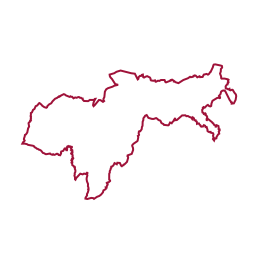 Ambato Boeni, Boeny, Madagascar, rotated 9°
{"feature_id": "10022922B29824664852903", "entity_name": "Ambato Boeni", "entity_type": "district", "adm_level": 2, "iso_a3": "MDG", "parent_name": "Madagascar", "parent_adm1": "Boeny", "projection": "natural_earth1", "projection_center": [46.383, -16.718], "detail": "fine", "context": "isolated", "style": "outline", "palette": "rose", "viewbox_px": 256, "rotation_deg": 9, "n_neighbors": 0, "source": "geoboundaries", "source_scale": "gbopen_adm2", "svg_char_len": 5831}
<svg xmlns="http://www.w3.org/2000/svg" viewBox="0 0 256 256"><g transform="rotate(9 128 128)"><path d="M26.1,160.0L28.4,159.6L30.9,159.8L31.9,160.3L37.0,160.4L38.2,160.8L38.7,161.6L39.9,161.9L41.4,162.8L42.1,162.7L43.5,163.4L44.1,163.3L45.8,164.0L47.8,165.9L49.3,166.1L50.6,166.7L51.6,166.6L54.9,165.4L55.2,165.8L57.4,166.3L58.1,165.6L59.1,166.1L59.8,165.9L61.9,164.5L63.4,164.9L63.7,165.5L65.3,165.5L65.9,163.6L65.6,162.7L65.7,161.7L67.6,160.7L68.6,158.2L69.5,158.3L70.6,159.6L71.2,159.5L71.2,158.2L70.4,157.1L70.9,156.0L71.2,156.2L71.8,155.3L72.5,155.8L72.8,155.2L73.5,155.1L74.2,156.0L74.9,155.4L75.5,155.4L75.6,155.7L74.8,156.5L75.0,157.2L75.9,158.1L75.2,158.8L75.8,159.3L76.6,159.1L77.0,160.9L76.6,161.7L76.0,161.6L75.8,162.1L76.2,162.5L76.7,162.1L77.0,162.2L77.8,164.3L77.6,165.2L78.7,166.4L78.2,167.7L77.4,167.5L77.1,168.9L78.1,169.6L77.8,170.6L78.2,170.9L77.8,171.3L78.4,171.8L78.8,173.4L80.5,174.2L80.8,174.8L81.5,174.7L81.9,175.7L81.8,176.6L82.6,177.8L82.8,178.9L82.8,180.0L82.4,181.0L82.7,182.3L82.5,183.3L83.4,185.1L83.7,187.0L84.2,187.3L84.7,185.5L88.0,180.6L90.5,180.9L91.7,179.9L93.4,180.1L94.5,178.6L95.0,178.8L94.8,180.3L95.3,181.2L95.0,183.5L95.1,185.0L95.8,187.1L97.3,189.6L97.5,191.8L98.1,192.7L98.6,194.4L98.2,194.8L98.7,195.5L98.4,198.0L97.8,199.7L98.1,201.0L97.0,203.4L97.0,204.4L98.9,204.5L102.6,202.8L104.6,202.7L105.5,203.3L108.2,200.8L110.3,199.6L111.8,198.0L113.3,195.5L113.5,193.5L115.5,191.9L115.6,191.1L115.3,190.2L116.2,190.2L116.2,188.3L116.8,187.2L115.6,185.6L116.2,185.0L117.0,185.0L118.6,183.2L118.5,182.6L117.5,181.9L116.6,176.1L117.0,174.7L116.7,173.5L117.3,171.7L117.2,170.6L117.7,169.9L117.5,168.8L118.4,168.4L119.4,167.3L120.2,164.8L122.6,165.6L122.9,164.0L125.4,163.8L127.1,166.3L127.9,166.7L128.5,165.8L129.4,165.5L129.6,164.7L130.4,164.2L132.3,161.6L132.8,157.5L132.6,156.6L131.9,156.0L131.9,155.1L135.7,153.0L136.5,148.9L136.1,147.0L134.9,144.9L134.9,144.3L135.9,142.7L139.3,139.5L139.5,138.8L139.6,135.6L139.0,134.3L139.7,133.8L140.0,133.0L139.4,131.8L139.3,130.0L139.6,129.4L140.6,129.3L141.7,127.1L141.6,124.8L142.0,123.6L141.5,119.5L141.9,117.8L141.7,116.3L142.0,115.1L142.6,114.5L143.0,113.2L144.4,112.3L146.6,114.8L150.4,115.3L152.0,115.0L154.2,113.8L155.7,114.4L156.1,114.9L157.5,115.5L158.3,115.5L159.2,116.1L160.0,117.6L161.3,118.3L162.3,118.5L163.0,119.3L167.3,119.1L167.8,118.7L168.7,116.0L170.4,116.5L171.1,114.9L171.9,114.1L172.0,113.2L172.8,111.4L173.1,111.4L173.4,112.9L175.0,112.5L179.5,107.1L182.7,106.5L183.8,107.2L185.3,106.8L187.3,107.6L188.5,107.6L190.0,109.1L190.4,107.4L191.6,108.1L192.3,109.9L193.6,109.8L193.8,110.5L194.9,110.9L195.5,113.1L196.5,112.5L197.4,112.4L197.9,113.3L199.1,114.0L199.6,115.0L200.3,115.2L200.7,114.9L201.7,114.9L202.5,113.3L203.8,113.7L204.5,115.0L205.5,114.7L206.8,117.3L206.9,118.4L208.1,119.2L210.1,118.9L210.2,119.6L212.9,119.9L213.4,121.0L213.2,122.4L214.0,124.2L213.6,125.6L215.0,126.9L215.4,124.6L216.3,124.7L216.9,124.4L216.9,122.9L218.0,120.3L219.0,119.3L218.2,117.3L218.9,116.2L218.9,115.7L218.7,115.1L218.0,115.3L217.6,114.9L217.6,113.8L217.0,111.9L215.2,111.4L214.4,113.7L214.1,111.8L212.3,111.3L211.6,110.1L210.8,109.9L210.4,109.3L205.9,106.7L205.1,107.0L204.8,107.9L204.5,107.9L204.2,107.0L204.6,104.9L203.8,103.7L202.3,103.0L202.2,102.4L202.6,102.1L202.5,101.8L202.0,101.4L200.6,102.2L200.1,101.3L199.1,101.0L198.4,98.5L199.1,97.1L198.7,96.4L199.3,95.5L200.6,95.9L202.3,93.5L203.3,92.7L204.8,93.7L206.0,93.8L206.7,93.2L206.6,90.9L207.2,87.9L211.3,84.4L212.6,83.9L213.8,84.2L214.2,83.9L214.1,83.1L213.1,82.5L212.8,82.0L214.0,80.2L214.3,77.5L215.4,76.4L216.9,75.9L218.3,76.4L224.3,84.8L225.2,85.5L225.8,86.6L226.5,86.4L227.1,87.2L227.0,87.6L228.7,87.1L229.9,83.3L229.9,79.6L229.3,78.0L227.5,76.4L225.5,74.0L224.9,73.9L223.2,74.8L222.6,74.6L222.1,73.4L221.0,74.2L219.4,73.6L218.4,73.7L217.9,71.6L218.8,69.7L219.5,69.4L219.4,68.7L219.8,68.0L219.5,67.5L220.1,66.9L219.3,65.9L219.8,64.7L219.1,64.3L215.7,64.1L212.7,64.6L212.2,64.1L211.9,62.5L210.4,59.9L210.8,57.6L210.5,55.2L211.4,53.8L211.5,53.2L211.0,52.0L209.7,51.8L204.3,51.5L202.9,51.9L202.5,52.6L202.3,54.7L200.8,59.8L200.3,60.1L199.7,61.7L198.6,62.8L197.2,62.3L194.5,63.4L193.7,65.9L191.2,66.5L190.6,65.7L188.5,67.1L186.7,65.7L185.7,65.6L185.3,66.1L184.6,66.2L184.6,66.9L183.8,67.4L182.1,68.0L181.3,67.7L179.4,69.5L175.2,71.9L170.8,75.8L167.6,75.3L167.0,74.8L166.0,74.9L165.9,74.2L164.1,73.4L163.2,74.2L163.0,73.8L162.6,74.0L161.7,75.1L158.4,77.0L157.7,76.7L156.6,74.9L153.1,75.4L151.6,76.6L150.2,76.6L148.3,78.0L147.9,77.9L147.2,76.7L145.7,77.4L143.4,77.4L142.9,77.0L142.4,75.5L141.7,74.7L138.8,73.8L137.1,74.7L136.1,75.6L135.5,75.6L135.0,75.3L134.3,72.9L133.3,73.4L132.7,74.6L131.6,74.7L130.6,76.0L130.5,78.0L130.0,78.5L126.3,73.3L122.6,73.4L111.7,72.4L107.8,74.3L105.9,76.0L101.5,78.1L101.9,79.5L102.7,80.7L104.5,82.1L108.5,86.6L111.5,86.9L107.8,88.4L106.3,89.6L102.0,91.8L100.4,93.2L99.5,95.7L99.8,101.2L99.2,103.1L99.4,104.2L100.2,105.1L99.2,106.1L96.5,104.8L94.9,104.9L91.7,110.4L90.6,111.8L89.9,110.9L90.0,108.3L90.5,106.2L91.2,104.3L90.8,104.4L89.9,105.6L86.0,106.2L84.4,107.7L80.3,108.2L79.0,107.2L78.6,106.0L77.9,106.1L76.8,105.5L75.9,105.7L75.1,105.2L74.1,105.2L72.5,106.2L71.0,106.1L69.5,107.2L68.0,105.9L66.9,106.1L66.3,105.7L65.4,106.4L61.5,105.5L60.6,104.9L59.3,104.6L56.6,106.5L56.2,107.2L55.1,107.3L54.9,108.2L53.9,108.5L53.3,109.3L51.4,110.5L49.3,113.4L48.3,115.6L46.4,117.0L44.9,119.1L44.8,120.2L44.1,120.8L42.1,120.5L39.8,119.4L38.9,118.5L36.7,117.2L36.3,117.4L34.8,120.0L33.4,120.9L32.6,123.9L31.4,124.9L30.7,127.6L29.7,128.4L30.1,130.5L29.9,131.4L30.4,131.9L30.3,132.5L30.7,133.4L30.4,134.5L31.0,135.4L30.8,136.1L30.1,136.4L30.1,137.3L29.3,138.1L29.0,138.8L30.1,142.0L29.4,144.0L29.2,148.2L28.2,150.3L27.3,151.0L27.3,152.6L26.9,154.7L27.0,155.6L27.9,156.5L27.7,157.2L26.6,158.4L26.1,160.0Z" fill="none" stroke="#9f1239" stroke-width="2"/></g></svg>